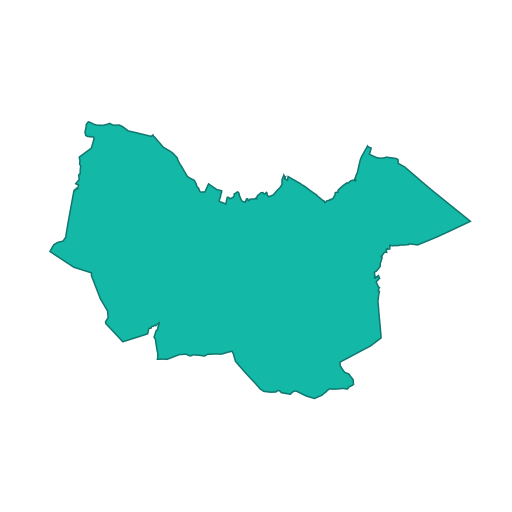 Huandacareo, Michoacán, Mexico (Robinson projection), rotated 192°
{"feature_id": "50627088B50995468211196", "entity_name": "Huandacareo", "entity_type": "district", "adm_level": 2, "iso_a3": "MEX", "parent_name": "Mexico", "parent_adm1": "Michoacán", "projection": "robinson", "projection_center": [-101.283, 19.994], "detail": "fine", "context": "isolated", "style": "filled", "palette": "teal", "viewbox_px": 512, "rotation_deg": 192, "n_neighbors": 0, "source": "geoboundaries", "source_scale": "gbopen_adm2", "svg_char_len": 5621}
<svg xmlns="http://www.w3.org/2000/svg" viewBox="0 0 512 512"><g transform="rotate(192 256 256)"><path d="M139.0,144.8L138.2,146.2L138.2,146.9L135.9,148.7L133.9,150.6L135.3,155.3L138.6,158.0L140.7,159.9L143.5,160.4L145.2,160.7L147.7,163.0L150.7,166.0L151.8,169.6L135.0,183.7L131.7,186.5L125.2,191.9L116.6,201.9L119.1,210.3L124.7,228.4L125.2,230.3L127.3,236.9L128.0,244.4L127.9,247.0L128.5,247.1L129.0,247.1L129.2,247.9L129.2,248.1L129.0,249.9L129.1,250.2L128.7,250.7L130.2,251.5L130.2,251.8L132.0,254.2L132.9,255.2L132.8,256.3L132.1,257.1L131.1,259.1L130.4,259.8L132.2,262.3L133.2,261.2L133.3,260.6L133.9,260.7L134.8,259.1L135.8,259.5L135.3,260.7L136.9,264.7L135.1,266.2L134.0,268.3L133.8,268.5L132.6,271.0L132.4,271.8L132.8,274.1L132.9,274.6L132.4,279.0L132.3,280.8L132.7,281.3L133.3,281.1L133.6,281.6L132.9,282.2L131.6,285.3L131.5,285.7L130.9,286.4L128.9,286.8L129.9,289.1L130.0,289.7L128.9,290.4L128.7,290.0L126.6,290.7L127.3,294.0L127.1,293.9L126.9,294.1L127.0,294.3L126.9,294.4L126.7,294.1L124.5,294.4L123.7,294.6L123.3,295.0L123.1,294.9L120.8,295.3L119.0,295.9L118.7,295.9L116.3,297.0L115.9,297.1L115.3,297.2L114.7,297.2L113.9,297.4L109.0,298.9L108.8,299.7L100.1,300.5L89.7,307.6L82.3,312.7L69.3,322.5L66.9,324.3L64.7,326.0L56.1,332.5L53.5,334.5L70.5,343.1L86.4,351.2L95.1,355.6L102.0,359.2L129.1,374.0L136.2,376.2L137.0,379.6L138.0,380.1L138.4,380.4L140.8,380.4L142.6,380.3L146.2,380.0L146.5,380.0L149.0,379.8L150.2,379.1L151.3,378.6L152.4,378.2L154.6,377.5L156.5,377.4L158.1,377.3L161.7,378.0L166.2,379.1L165.8,385.5L166.6,385.6L168.1,385.9L169.4,386.4L169.8,386.8L170.9,382.9L171.0,382.8L172.0,379.5L173.3,375.4L173.5,374.3L173.8,373.1L174.0,371.2L174.1,367.5L174.2,358.5L174.6,357.3L175.1,354.2L175.1,353.7L175.4,351.7L174.5,351.4L174.3,351.4L174.1,350.7L174.3,350.1L174.6,350.0L175.3,350.2L176.2,350.5L176.4,350.5L176.7,350.4L177.1,350.2L178.2,349.7L178.6,349.5L180.1,347.9L180.3,347.4L180.5,346.9L181.4,346.5L181.6,346.4L181.8,346.4L182.2,346.5L182.4,346.3L182.4,346.2L182.7,346.0L183.1,345.6L183.3,345.4L184.5,344.1L184.9,343.6L185.3,343.2L187.3,340.6L188.1,339.4L189.4,337.4L189.3,336.6L189.2,335.9L189.1,335.2L190.3,335.1L190.8,334.9L191.4,334.6L191.7,334.2L191.4,332.5L191.4,332.2L191.8,331.0L192.5,329.0L192.4,328.4L192.6,328.3L194.5,326.8L195.3,326.7L195.2,326.1L195.5,326.0L195.4,325.8L196.8,325.3L198.4,324.5L199.3,322.7L199.9,322.5L200.2,323.3L201.1,324.1L201.6,324.2L201.9,324.1L202.9,324.6L205.2,325.8L208.9,327.7L209.1,328.2L212.2,329.4L215.9,331.0L219.5,332.7L222.6,334.2L223.6,334.3L223.8,334.7L225.8,335.1L227.6,336.1L227.8,336.1L234.9,338.4L235.2,338.4L241.1,340.4L241.0,337.2L241.0,336.8L244.0,337.5L243.7,339.1L244.0,338.8L245.6,341.0L246.4,335.8L245.5,331.5L246.4,328.6L246.5,328.3L248.1,325.9L249.2,324.2L249.5,323.6L251.5,320.0L251.7,319.6L252.0,319.2L254.2,317.7L255.9,316.6L257.7,318.0L258.4,320.0L259.1,320.4L259.9,319.0L260.7,318.3L262.5,319.5L264.4,318.8L265.9,316.6L266.8,315.8L267.4,314.4L267.2,312.8L267.9,312.7L267.5,312.1L273.7,310.3L274.2,308.9L275.2,308.6L276.0,310.2L277.2,309.8L277.7,306.3L281.3,306.8L284.7,311.5L285.8,313.9L286.6,314.6L287.5,314.9L288.1,314.2L288.7,313.5L290.2,312.2L289.9,309.9L290.6,308.7L292.1,307.4L293.3,306.7L295.2,307.7L296.3,307.4L296.4,300.6L300.1,301.3L302.0,301.5L303.6,302.2L303.0,307.5L303.4,308.7L303.0,310.1L302.9,311.2L303.2,312.7L305.7,312.8L307.8,312.7L310.8,313.9L317.4,316.7L319.3,307.9L320.4,307.8L323.3,307.0L324.4,307.5L326.3,310.4L328.3,311.6L329.1,313.5L329.7,314.4L331.6,316.5L331.8,317.0L332.6,317.3L334.5,317.9L334.8,317.9L338.1,318.8L340.1,320.0L345.1,325.5L346.3,326.9L350.2,330.9L352.4,333.6L353.3,335.5L357.4,338.4L359.1,339.5L361.7,340.6L369.2,343.1L376.0,348.2L379.8,351.2L381.1,351.7L381.9,353.0L383.5,351.2L389.3,351.4L392.2,351.5L399.7,351.7L407.0,351.8L413.1,354.7L416.8,355.7L420.1,354.9L422.9,354.3L426.9,355.3L428.2,354.3L432.5,352.1L438.8,350.9L442.3,351.2L445.5,352.1L447.9,352.4L449.4,349.4L449.3,348.6L449.1,347.5L449.0,346.7L449.0,342.3L448.9,341.1L448.6,340.4L448.3,340.0L447.7,338.6L446.7,338.2L445.4,337.9L444.7,338.1L442.5,338.1L442.2,338.2L441.5,338.3L441.0,338.5L440.3,338.8L440.1,338.7L439.9,338.7L439.3,338.4L438.8,336.8L439.5,327.2L444.7,321.4L449.5,315.9L449.1,315.0L448.1,312.9L447.6,309.1L446.2,307.7L445.8,303.3L445.0,299.6L445.8,299.3L445.9,298.9L446.3,298.3L444.8,294.1L447.4,289.2L444.4,288.6L444.4,288.0L444.4,284.7L445.8,285.0L446.0,283.5L446.9,283.4L447.0,282.1L447.6,282.1L447.6,279.5L446.7,247.9L446.3,238.9L446.2,236.5L445.9,235.0L446.3,234.1L447.9,230.4L452.8,228.1L456.0,225.1L456.9,222.7L458.5,217.6L454.5,216.0L431.9,207.1L413.4,205.3L412.9,202.5L408.4,195.7L399.2,181.6L389.8,171.4L387.8,165.0L389.5,160.4L388.9,158.7L385.0,156.0L371.8,146.8L368.5,144.4L363.2,147.4L353.3,153.0L345.8,157.3L345.7,162.6L345.7,162.9L343.7,163.6L343.3,165.6L342.0,165.7L340.6,167.3L339.5,167.0L338.5,168.7L336.8,170.5L336.7,169.2L337.1,166.7L337.1,165.3L337.0,163.4L338.1,162.5L338.8,155.3L337.2,153.9L336.0,150.6L333.3,143.5L331.7,140.0L331.0,136.2L331.0,134.5L324.7,136.0L321.6,136.4L320.2,137.3L310.5,143.6L304.1,145.4L299.6,144.5L296.7,146.3L290.2,147.2L285.5,147.4L283.1,149.7L275.5,151.7L271.4,152.5L269.2,152.9L264.7,155.4L259.7,157.9L257.6,155.3L257.2,154.4L255.2,150.6L254.1,148.6L241.7,139.3L232.4,132.8L230.2,131.3L224.3,126.8L220.2,125.2L215.8,125.6L213.6,125.8L210.7,126.5L208.3,127.1L206.6,129.0L204.8,129.0L202.8,127.6L193.7,127.9L191.4,131.2L188.8,132.3L184.6,131.2L177.4,129.4L169.1,128.8L166.0,131.1L162.3,133.7L161.2,135.6L159.8,136.9L158.3,139.2L156.6,141.3L153.7,141.6L150.5,142.4L149.4,142.7L143.0,144.6L139.0,144.8Z" fill="#14b8a6" stroke="#0f766e" stroke-width="1.5"/></g></svg>